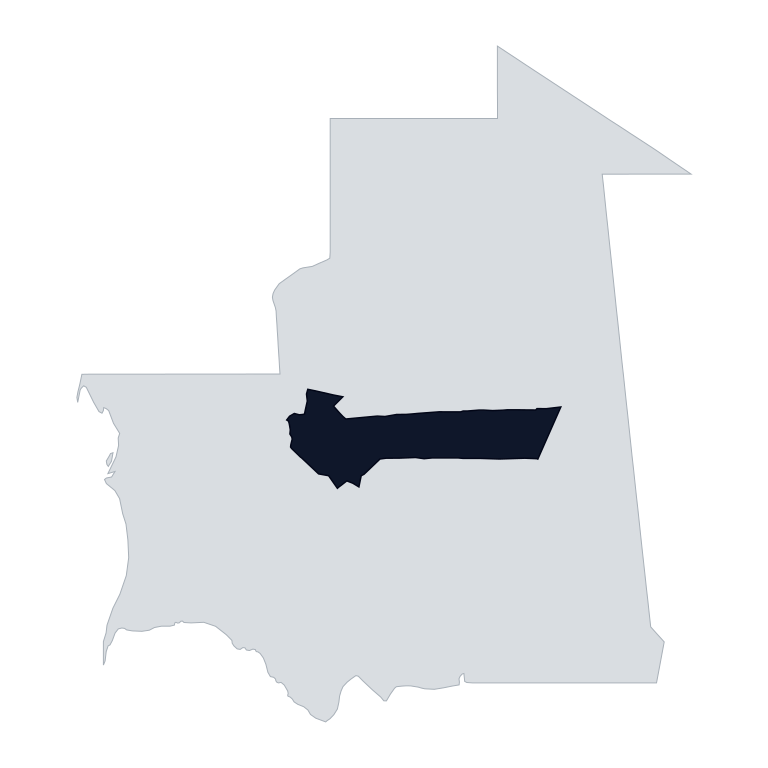 Chinguitti, Adrar, Mauritania (highlighted)
{"feature_id": "47542326B90495786476095", "entity_name": "Chinguitti", "entity_type": "district", "adm_level": 2, "iso_a3": "MRT", "parent_name": "Mauritania", "parent_adm1": "Adrar", "projection": "mercator", "projection_center": [-10.907, 20.124], "detail": "fine", "context": "in_parent", "style": "filled", "palette": "ink", "viewbox_px": 768, "rotation_deg": 0, "n_neighbors": 0, "source": "geoboundaries", "source_scale": "gbopen_adm2", "svg_char_len": 4301}
<svg xmlns="http://www.w3.org/2000/svg" viewBox="0 0 768 768"><path d="M316.9,718.6L315.8,718.2L310.5,714.5L307.9,710.0L303.7,706.7L297.9,704.4L294.1,701.9L292.3,699.0L290.2,697.1L287.9,696.1L287.7,695.1L288.2,693.6L287.7,691.0L284.3,685.1L281.1,682.4L278.4,682.9L276.8,682.2L275.9,680.9L275.5,679.0L273.7,677.3L270.4,676.6L267.9,672.3L265.9,664.3L263.4,658.0L260.2,653.5L258.0,651.9L256.4,651.6L255.8,650.9L255.4,649.6L252.9,649.1L249.5,650.5L246.4,650.0L244.9,647.8L242.8,647.6L240.2,649.4L237.2,648.9L234.0,646.0L232.2,643.2L231.9,640.4L226.3,634.7L215.6,626.3L203.8,622.3L191.1,622.9L184.0,622.5L182.5,621.1L180.9,621.2L179.3,622.8L177.7,623.1L175.9,622.3L174.8,622.9L174.4,625.1L169.9,626.2L161.4,626.2L154.5,627.5L149.3,630.2L141.9,631.3L132.3,630.9L126.6,629.9L124.6,628.4L121.8,628.0L118.3,628.9L115.1,633.0L112.3,640.6L110.0,644.9L108.1,645.9L106.2,651.6L105.1,660.9L103.4,665.1L103.4,641.6L106.1,632.9L107.0,625.2L112.9,608.2L119.9,594.2L126.3,575.6L128.7,557.6L127.9,539.9L126.0,524.1L122.7,513.7L119.6,498.6L114.9,490.6L106.4,483.6L104.5,479.5L106.4,478.0L111.6,477.0L115.0,471.5L107.9,473.6L116.0,456.9L118.6,445.5L118.2,438.0L119.7,433.4L113.5,423.3L108.7,410.6L106.2,408.6L103.7,407.6L103.4,410.5L102.0,413.2L99.0,411.6L93.7,402.4L86.3,387.3L83.7,385.8L81.5,387.9L80.2,389.8L77.7,402.4L76.9,397.4L78.0,391.5L79.8,384.3L81.9,374.3L88.3,374.2L99.8,374.2L122.8,374.2L134.3,374.2L157.3,374.2L168.8,374.1L191.9,374.1L203.4,374.1L226.4,374.1L237.9,374.1L260.9,374.0L272.4,374.0L280.0,374.0L279.5,366.8L279.2,361.2L278.7,353.5L278.2,345.9L277.8,338.3L277.3,331.1L276.9,323.9L276.4,317.3L276.1,311.1L275.4,307.6L273.0,300.6L272.4,297.2L273.1,293.5L274.7,290.0L279.2,283.7L286.0,278.8L293.9,273.2L299.8,268.9L302.9,267.9L312.3,266.4L319.6,263.1L326.8,260.0L329.8,258.2L330.2,252.2L330.2,118.5L365.7,118.5L375.1,118.5L440.5,118.5L449.9,118.5L497.5,118.5L497.5,112.2L497.5,103.0L497.4,90.4L497.4,77.8L497.4,55.5L497.4,46.1L506.8,52.3L525.7,64.8L535.1,71.0L554.0,83.4L572.9,95.8L591.8,108.2L601.2,114.4L610.6,120.6L620.1,126.7L629.5,132.9L648.4,145.2L656.3,150.4L668.4,158.7L679.7,166.4L691.1,174.1L673.5,174.1L650.1,174.1L634.1,174.1L617.6,174.2L602.2,174.2L603.6,186.8L605.0,200.5L606.4,214.2L607.9,227.9L609.3,241.5L613.6,282.3L615.0,295.8L616.4,309.4L617.9,322.9L619.3,336.3L622.1,363.2L623.6,376.6L625.0,390.0L626.4,403.3L627.9,416.7L629.3,430.0L632.1,456.6L633.6,469.8L635.0,483.0L636.4,496.2L637.9,509.4L639.3,522.6L640.7,535.8L642.1,548.9L645.0,575.1L646.4,588.2L647.9,601.2L649.3,614.3L650.7,626.9L656.6,633.5L664.2,641.9L662.0,653.6L659.4,667.6L656.5,682.9L635.7,682.9L615.2,682.9L564.0,682.9L553.8,682.9L502.6,682.9L492.4,682.9L472.6,682.9L466.8,682.5L464.7,681.4L463.9,673.5L462.2,674.0L460.1,676.3L459.0,678.8L459.4,682.1L459.1,684.9L452.5,686.0L443.6,687.8L434.3,689.3L424.8,688.8L421.6,688.1L418.2,687.1L410.7,685.9L406.6,685.8L401.9,686.1L396.4,686.7L394.6,688.2L390.4,694.1L386.4,700.9L383.8,700.8L380.8,697.1L372.7,690.1L362.8,680.8L358.3,676.2L355.9,675.6L351.2,678.9L347.2,682.1L343.0,686.6L341.1,690.9L339.6,696.0L338.9,702.0L337.4,709.0L333.9,714.6L329.9,718.8L326.9,720.8L325.7,721.9L316.9,718.6ZM111.5,461.2L108.3,466.4L106.9,464.4L106.3,461.0L109.2,456.1L110.5,453.6L113.0,452.7L111.5,461.2Z" fill="#d9dde1" stroke="#a8b0b8" stroke-width="1"/><path d="M337.4,488.3L339.0,486.9L341.3,485.2L346.8,480.9L351.5,482.7L352.8,483.2L358.9,486.9L361.2,475.7L364.0,474.3L380.0,459.0L386.2,458.2L399.6,458.1L415.6,457.5L424.1,458.7L432.4,457.9L457.9,457.9L463.1,458.4L480.8,458.4L499.4,459.0L524.9,458.2L536.8,458.7L537.8,459.1L560.8,407.0L546.2,408.7L537.0,408.6L535.7,410.0L523.1,409.9L517.5,409.8L507.5,409.8L502.7,410.2L492.7,410.6L484.0,410.1L478.8,410.1L467.5,411.0L463.2,411.0L460.6,411.9L448.8,411.9L444.9,411.9L439.6,411.8L431.5,412.4L418.0,413.4L412.8,413.9L406.3,414.4L396.3,414.5L396.0,414.6L385.0,416.5L377.2,416.1L345.8,419.0L342.9,416.5L339.4,412.8L333.5,406.1L342.8,396.8L333.5,395.0L316.0,391.0L307.8,389.3L306.5,394.0L307.3,401.1L305.4,409.6L304.5,414.1L302.4,414.5L299.3,414.8L294.3,413.5L289.6,416.2L286.7,420.0L288.5,421.1L289.2,423.5L289.6,425.6L290.3,429.8L289.9,434.0L291.8,437.0L292.2,439.2L291.4,442.4L290.8,445.0L290.6,447.0L291.6,448.5L300.6,457.2L301.3,457.6L318.6,473.9L328.6,475.7L337.4,488.3Z" fill="#0f172a" stroke="#020617" stroke-width="1.5"/></svg>